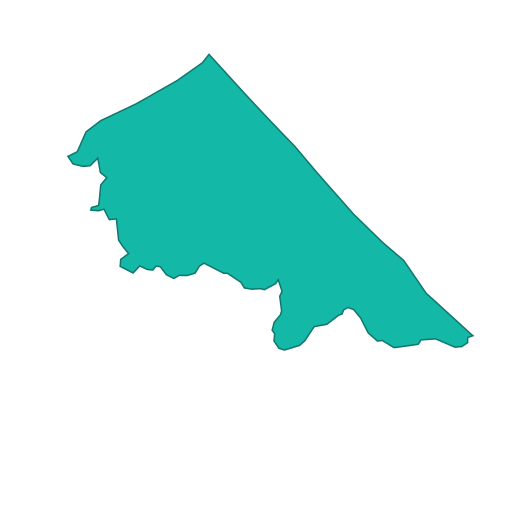 Quebradillas, Puerto Rico, rotated 318°
{"feature_id": "32010507B1223039681342", "entity_name": "Quebradillas", "entity_type": "district", "adm_level": 2, "iso_a3": "PRI", "parent_name": "Puerto Rico", "parent_adm1": "", "projection": "albers", "projection_center": [-66.935, 18.429], "detail": "fine", "context": "isolated", "style": "filled", "palette": "teal", "viewbox_px": 512, "rotation_deg": 318, "n_neighbors": 0, "source": "geoboundaries", "source_scale": "gbopen_adm2", "svg_char_len": 1376}
<svg xmlns="http://www.w3.org/2000/svg" viewBox="0 0 512 512"><g transform="rotate(318 256 256)"><path d="M363.9,460.4L363.6,458.7L358.6,407.8L357.5,397.6L362.8,358.2L359.5,333.1L359.0,327.9L356.5,290.4L357.1,234.9L358.2,200.4L357.6,184.7L356.8,156.3L356.3,128.0L356.2,114.7L356.0,74.7L345.6,76.5L345.3,76.5L314.4,72.8L286.9,66.7L285.6,66.5L268.0,62.5L231.2,51.5L212.8,50.0L199.5,56.0L192.9,58.9L182.9,56.1L181.6,65.1L187.4,73.7L193.1,77.9L203.9,77.4L196.2,89.9L197.5,97.9L188.2,99.3L176.2,110.3L172.8,113.1L166.2,109.9L163.9,111.3L169.0,116.8L174.4,119.6L171.3,130.8L177.1,135.0L164.5,152.3L163.5,159.1L163.4,159.3L162.9,168.9L153.2,168.0L148.1,172.8L153.3,186.4L162.9,185.6L166.3,193.4L169.9,197.4L175.1,196.6L177.7,200.1L176.9,210.0L179.9,217.7L186.0,219.0L191.7,224.4L199.3,228.0L207.1,225.6L212.6,226.6L220.5,247.3L223.2,249.7L227.2,265.4L226.0,272.0L230.9,278.1L237.0,282.8L239.8,286.7L252.2,289.7L256.6,288.5L251.8,299.6L246.7,301.8L238.3,313.9L234.8,316.1L225.2,317.4L218.3,322.0L217.9,326.2L212.5,331.2L211.3,339.9L214.2,344.9L228.5,351.6L235.4,351.7L251.9,347.4L263.1,354.2L277.8,355.3L281.2,356.7L285.0,354.7L289.9,355.8L292.7,361.1L292.3,372.0L287.9,388.2L289.3,400.4L293.3,403.3L297.3,416.5L308.7,424.3L317.5,430.1L322.6,428.8L334.1,437.9L342.8,456.8L348.3,461.0L355.3,462.0L358.8,458.2L363.9,460.4Z" fill="#14b8a6" stroke="#0f766e" stroke-width="1.5"/></g></svg>